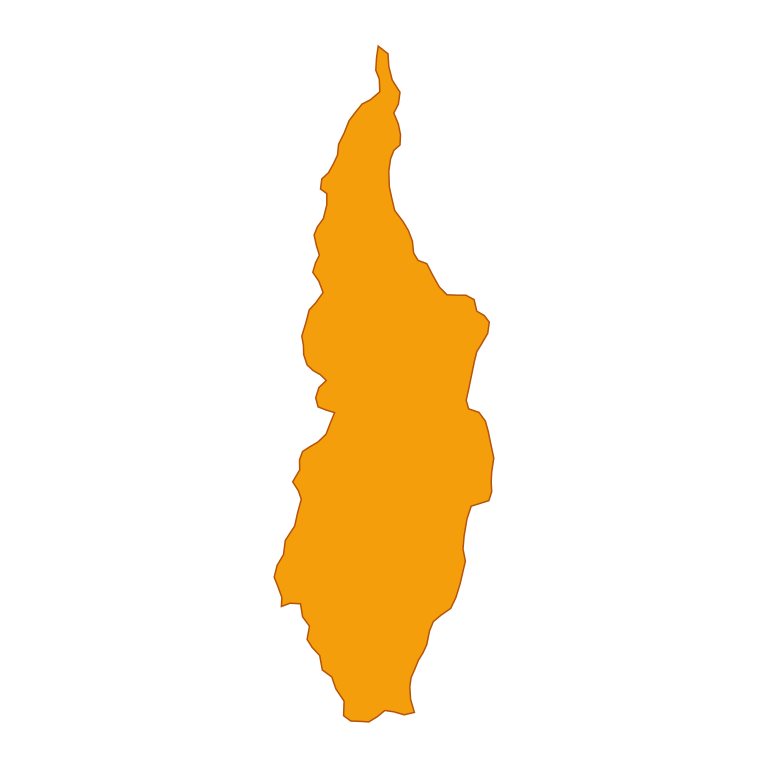 Nova Porteirinha, Minas Gerais, Brazil (Robinson projection)
{"feature_id": "56859067B51855792689739", "entity_name": "Nova Porteirinha", "entity_type": "district", "adm_level": 2, "iso_a3": "BRA", "parent_name": "Brazil", "parent_adm1": "Minas Gerais", "projection": "robinson", "projection_center": [-43.277, -15.718], "detail": "fine", "context": "isolated", "style": "filled", "palette": "amber", "viewbox_px": 768, "rotation_deg": 0, "n_neighbors": 0, "source": "geoboundaries", "source_scale": "gbopen_adm2", "svg_char_len": 1922}
<svg xmlns="http://www.w3.org/2000/svg" viewBox="0 0 768 768"><path d="M414.4,712.4L410.6,699.4L409.8,686.9L411.1,677.5L414.8,669.1L418.4,660.3L423.1,652.6L426.8,644.5L429.5,630.9L433.3,621.6L441.2,615.0L450.7,608.4L455.9,597.5L460.1,583.8L462.8,572.2L465.4,561.2L463.0,549.1L464.1,535.9L467.0,518.8L471.2,506.2L480.6,503.2L488.8,500.7L491.7,491.7L491.2,481.8L491.7,471.9L493.8,458.1L490.6,443.1L488.3,431.7L485.4,421.1L479.0,412.4L468.6,408.8L466.2,400.3L468.6,389.5L471.2,376.8L474.4,361.3L476.8,351.7L481.4,344.2L487.7,333.4L489.3,322.2L484.3,315.6L476.8,311.2L474.1,299.6L465.9,295.2L457.1,295.2L447.0,294.8L439.4,287.1L432.9,275.6L426.8,263.7L418.1,260.4L413.6,253.0L412.4,241.1L408.5,230.8L403.2,221.8L394.7,210.5L391.9,198.7L389.3,186.6L388.8,171.0L390.6,158.7L393.9,150.3L400.0,145.0L400.5,134.7L398.3,123.9L393.8,113.0L398.4,104.1L400.0,92.3L392.2,80.0L388.8,66.4L388.0,53.8L378.2,46.1L376.5,58.0L375.8,70.3L379.3,79.1L379.8,91.8L370.4,99.8L362.0,104.1L355.6,112.1L349.1,120.6L344.1,133.2L338.6,144.2L337.5,155.1L333.4,163.9L328.4,172.8L321.8,178.9L320.5,189.0L326.8,193.6L326.8,204.8L323.4,218.5L317.3,227.0L314.1,235.0L316.5,245.9L319.4,255.2L315.6,262.7L312.8,272.3L318.9,281.3L323.1,292.5L315.7,302.9L309.2,309.9L306.1,322.0L301.8,336.1L303.4,345.3L303.7,354.6L307.1,364.9L313.2,370.6L320.5,374.8L326.3,380.5L318.9,387.5L315.7,397.9L318.1,406.9L326.3,410.1L334.6,412.6L330.2,423.4L326.0,434.3L317.7,442.2L310.4,446.4L302.6,451.5L299.5,459.9L299.7,469.9L292.7,481.8L298.4,490.8L301.3,499.2L297.6,512.8L294.7,526.0L289.8,533.5L285.3,540.5L283.5,554.6L277.1,565.4L274.2,577.2L277.8,586.2L281.9,597.5L281.4,606.5L290.1,603.2L300.5,603.8L302.6,616.8L309.5,626.2L307.1,639.4L312.1,647.4L319.7,655.5L322.3,670.0L331.8,677.0L335.9,688.9L344.1,701.2L343.6,715.7L350.7,721.0L360.6,721.4L368.8,721.9L377.4,716.6L384.8,710.5L393.9,711.8L404.2,714.8L414.4,712.4Z" fill="#f59e0b" stroke="#b45309" stroke-width="1.5"/></svg>